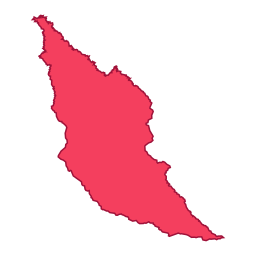 Agustín Codazzi, Cesar, Colombia (Robinson projection), rotated 90°
{"feature_id": "7082276B21922340436225", "entity_name": "Agustín Codazzi", "entity_type": "district", "adm_level": 2, "iso_a3": "COL", "parent_name": "Colombia", "parent_adm1": "Cesar", "projection": "robinson", "projection_center": [-73.375, 9.994], "detail": "fine", "context": "isolated", "style": "filled", "palette": "rose", "viewbox_px": 256, "rotation_deg": 90, "n_neighbors": 0, "source": "geoboundaries", "source_scale": "gbopen_adm2", "svg_char_len": 5788}
<svg xmlns="http://www.w3.org/2000/svg" viewBox="0 0 256 256"><g transform="rotate(90 128 128)"><path d="M209.7,153.2L209.5,152.5L211.0,149.5L211.0,148.1L212.6,146.1L213.3,141.3L215.2,140.0L215.2,138.4L214.4,137.1L214.0,134.6L214.8,133.8L215.1,132.5L216.6,129.9L216.7,128.3L218.3,127.2L219.3,127.2L221.1,123.3L220.5,119.7L222.6,118.0L223.6,116.4L223.5,112.7L223.0,111.7L223.2,109.9L221.8,107.2L223.0,105.8L223.1,102.8L224.2,102.7L224.8,101.4L226.1,100.9L227.5,97.0L228.9,97.3L229.8,96.4L229.8,95.3L231.9,93.6L233.1,88.0L234.7,87.1L235.8,87.5L236.3,86.6L233.1,77.7L233.9,75.5L233.7,74.6L234.6,69.7L235.3,67.8L237.3,64.6L237.2,61.1L237.6,60.0L236.9,57.6L236.9,54.3L239.9,53.1L240.6,49.9L238.9,46.2L239.2,45.2L238.8,41.1L239.6,39.3L238.8,38.1L238.7,35.7L237.8,34.6L237.6,32.5L236.0,34.3L236.1,38.0L236.5,39.0L235.7,40.3L234.8,40.7L233.2,44.3L231.0,45.3L231.0,46.4L230.3,47.1L227.2,48.4L226.9,49.5L225.7,50.3L225.5,52.2L224.9,52.5L224.6,53.7L221.3,56.3L221.2,57.0L220.7,56.7L220.3,57.5L219.5,57.7L218.6,60.3L217.8,60.4L216.0,62.6L216.3,63.2L215.7,63.1L214.9,64.6L213.3,65.3L212.5,65.1L212.3,65.7L211.5,65.5L210.5,67.6L207.1,69.7L204.2,70.4L203.7,71.1L202.0,71.7L201.3,70.8L199.3,71.4L198.7,72.7L198.0,72.8L196.8,74.5L197.1,75.8L196.1,76.5L195.2,76.5L194.3,77.5L193.9,79.1L192.7,79.3L191.7,81.6L190.8,81.1L189.5,81.8L188.7,83.3L186.1,85.2L186.0,87.1L185.1,87.5L184.2,86.4L182.9,87.8L182.9,88.9L181.4,88.6L179.7,90.3L179.0,89.8L176.3,89.8L174.6,91.2L172.9,90.7L172.8,89.9L171.2,89.9L170.1,88.3L168.3,87.8L167.5,85.7L165.9,86.2L164.3,89.2L162.2,91.3L161.5,93.1L162.5,94.5L162.3,96.2L163.1,98.4L162.4,99.0L160.2,99.2L159.5,102.0L157.3,104.7L156.1,105.4L154.6,108.0L151.9,109.2L150.7,110.9L146.3,111.2L145.5,110.8L142.9,107.4L142.1,105.0L140.4,103.1L138.3,103.9L136.3,102.9L130.7,106.2L125.6,107.5L124.9,109.6L124.3,109.9L123.3,109.9L122.6,108.1L120.0,107.6L118.3,104.2L115.2,104.3L111.6,102.8L110.1,103.4L108.3,106.1L107.2,106.0L103.0,104.2L101.4,106.0L100.2,105.7L99.2,107.2L96.8,108.0L96.1,108.7L95.8,110.1L93.2,111.3L92.5,112.7L91.8,112.6L91.3,113.2L90.8,114.7L89.5,115.5L87.9,117.7L87.3,117.6L86.3,118.5L85.5,120.4L86.0,120.7L85.6,122.4L84.7,123.0L83.9,122.8L83.7,123.8L82.7,123.5L81.1,124.6L80.5,125.9L79.9,126.3L80.3,126.6L80.3,127.0L79.7,126.6L79.6,127.0L78.6,126.0L78.7,126.8L78.1,126.5L77.4,127.3L77.7,128.4L76.9,128.1L76.4,129.3L75.0,129.8L75.0,130.5L75.6,130.6L74.8,131.6L74.3,133.7L74.6,134.1L73.1,135.6L71.5,135.2L70.9,137.9L71.5,139.2L70.1,139.6L69.4,138.4L68.6,138.8L68.0,140.6L67.2,139.3L66.4,139.2L66.0,139.8L67.0,141.7L69.9,142.5L69.9,143.6L70.9,143.9L71.3,144.7L72.6,144.2L72.7,145.8L75.3,147.9L75.1,149.0L75.7,149.9L75.4,150.4L76.0,150.7L75.5,151.4L74.9,150.6L74.1,151.6L73.4,151.2L72.7,151.4L72.8,152.2L72.3,152.6L72.7,154.3L71.3,155.9L70.2,158.9L69.4,158.2L68.1,160.1L66.3,159.7L65.5,161.3L64.3,161.9L64.4,162.2L62.9,161.0L62.8,161.7L62.3,161.6L62.0,162.1L62.7,162.6L61.4,163.4L62.4,164.3L61.4,165.5L59.1,166.6L59.7,167.5L59.5,168.0L56.1,166.8L56.5,168.2L55.6,168.8L56.0,170.6L54.9,170.8L54.4,174.0L52.1,175.6L51.4,176.7L51.7,177.7L49.9,178.6L49.5,179.5L49.8,180.9L49.5,181.6L50.1,182.4L49.5,183.5L48.8,182.4L48.4,182.5L48.0,183.8L47.2,183.6L45.6,184.8L46.3,185.7L45.7,186.1L46.0,186.8L42.9,187.3L41.2,188.4L41.2,189.6L40.7,189.8L41.2,190.7L41.0,191.7L39.5,192.4L39.2,194.2L38.0,192.8L36.9,193.0L35.9,194.3L34.0,194.8L33.5,196.1L32.6,196.2L33.0,197.6L31.4,198.6L30.8,201.0L30.5,200.3L30.1,200.8L30.4,201.4L28.6,202.1L28.4,203.3L27.7,203.0L27.4,203.9L26.9,203.7L26.5,204.3L25.6,204.1L24.9,203.1L22.9,203.5L23.2,205.7L22.4,205.9L23.0,206.3L22.3,206.2L22.0,206.8L22.9,207.4L21.9,207.4L22.4,208.2L21.8,208.4L21.8,209.1L21.1,209.2L20.3,210.2L18.8,210.1L18.6,209.1L18.1,210.7L17.1,209.9L17.4,213.3L15.9,212.9L17.1,215.0L15.8,215.4L15.5,214.9L15.4,215.4L16.2,216.5L17.6,215.7L17.5,216.4L17.9,216.9L17.3,217.3L18.6,218.9L17.1,221.8L17.7,221.8L19.6,223.5L19.5,221.4L20.9,220.7L21.3,221.0L21.2,220.5L21.6,220.5L21.1,218.9L23.0,218.5L22.8,217.6L24.6,217.4L27.7,214.6L28.7,214.7L29.2,212.5L30.7,211.9L32.1,212.6L31.8,213.0L32.3,213.5L33.7,213.1L33.9,212.5L35.1,212.7L35.2,211.8L36.1,212.1L36.6,211.2L38.1,212.2L38.7,211.7L39.7,212.0L40.1,211.0L40.9,212.2L42.6,211.8L42.5,212.4L45.0,211.7L44.9,212.1L45.6,211.8L46.9,212.7L47.4,212.3L47.1,212.0L48.2,212.0L47.8,212.5L48.4,213.0L48.5,212.3L49.3,212.3L50.2,210.7L50.4,211.1L51.1,210.7L51.3,211.2L51.6,210.7L51.6,211.3L52.2,211.3L52.2,212.7L52.6,212.5L52.8,213.1L53.3,213.2L53.2,214.0L55.9,215.9L55.8,216.7L56.4,216.9L56.7,215.7L57.1,216.2L57.9,216.0L57.9,214.9L58.8,213.2L60.0,212.8L63.3,209.9L64.0,210.0L64.8,208.4L65.3,208.5L64.6,206.5L65.0,206.3L65.2,205.0L66.1,205.1L66.3,205.7L66.8,205.6L67.8,206.3L68.5,205.6L69.4,205.9L69.6,206.7L71.3,206.2L71.9,207.1L72.6,206.8L72.7,207.3L73.5,207.2L74.0,207.7L75.4,207.1L76.2,206.2L76.2,205.5L79.3,205.8L80.2,204.3L84.5,204.4L86.5,203.2L86.6,202.2L87.1,202.5L88.1,202.0L88.0,202.5L88.7,203.0L90.3,201.7L91.6,201.6L92.0,200.9L93.6,201.6L95.2,200.5L95.7,201.2L96.1,200.6L97.6,201.5L98.2,201.1L99.3,202.0L99.7,201.8L100.6,202.4L101.6,201.6L102.5,202.4L103.6,201.9L104.0,202.4L105.6,202.7L106.3,204.5L107.1,204.2L108.3,204.5L110.6,202.7L110.9,201.8L112.4,201.2L112.9,199.8L116.4,199.5L119.8,197.9L121.1,196.8L121.6,195.3L121.5,194.2L122.7,193.9L123.2,192.8L125.8,190.0L127.5,189.2L133.2,190.8L138.0,190.4L139.9,189.0L143.0,188.7L144.4,190.2L147.4,190.6L151.1,194.9L155.6,197.6L156.9,197.8L159.2,195.1L160.2,192.5L162.0,190.3L165.9,189.8L167.8,188.5L170.6,187.7L171.2,186.5L170.4,185.6L170.6,184.9L175.9,182.7L181.7,174.6L184.7,174.0L185.5,173.1L185.9,171.5L189.2,170.9L190.4,170.1L191.0,168.2L190.6,166.8L193.7,166.6L196.4,164.7L197.6,164.9L198.2,163.8L200.3,162.9L201.4,158.8L203.7,157.1L205.1,156.9L206.4,154.8L208.8,154.7L209.7,153.2Z" fill="#f43f5e" stroke="#9f1239" stroke-width="1.5"/></g></svg>